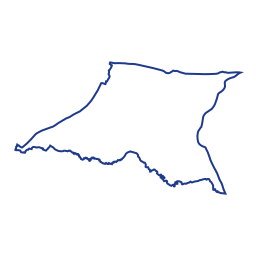 the district of Na Tan, Ubon Ratchathani, Thailand
{"feature_id": "78962969B76550243021032", "entity_name": "Na Tan", "entity_type": "district", "adm_level": 2, "iso_a3": "THA", "parent_name": "Thailand", "parent_adm1": "Ubon Ratchathani", "projection": "orthographic", "projection_center": [105.251, 15.929], "detail": "fine", "context": "isolated", "style": "outline", "palette": "blue", "viewbox_px": 256, "rotation_deg": 0, "n_neighbors": 0, "source": "geoboundaries", "source_scale": "gbopen_adm2", "svg_char_len": 5831}
<svg xmlns="http://www.w3.org/2000/svg" viewBox="0 0 256 256"><path d="M121.5,159.6L121.9,159.3L122.2,158.5L123.3,157.8L123.8,157.2L124.8,155.8L126.0,153.7L127.3,152.6L130.4,151.4L131.9,152.0L133.0,152.1L134.2,152.6L136.2,153.1L136.7,153.4L138.0,154.9L138.1,155.2L138.0,156.5L139.1,157.4L139.7,158.5L140.1,159.8L141.0,161.0L142.7,161.8L143.6,162.6L144.7,162.6L145.0,162.8L145.8,164.6L145.6,166.8L146.0,167.1L146.6,167.3L147.9,167.2L148.2,167.3L148.8,169.2L149.6,169.5L150.0,169.9L150.1,171.6L150.7,171.6L151.8,170.5L153.2,170.0L153.9,169.5L154.5,169.5L154.8,169.7L155.9,170.9L157.2,171.6L157.3,172.4L157.0,173.3L157.3,173.8L159.0,175.1L159.7,175.1L160.6,174.7L161.0,174.7L161.3,175.0L161.5,175.3L161.4,175.6L160.5,176.7L160.5,177.1L160.7,177.6L161.1,177.7L161.4,177.6L162.2,176.6L163.0,176.1L163.2,176.3L163.5,176.8L164.4,177.5L164.5,177.8L164.4,178.0L164.1,178.1L162.7,178.1L162.4,178.3L162.3,178.8L163.2,179.3L163.5,180.3L164.2,181.2L165.7,180.7L166.4,180.7L166.8,180.9L167.1,181.3L166.8,182.1L166.9,182.6L167.2,183.3L167.5,183.6L169.0,184.5L170.0,185.3L171.4,185.8L172.1,185.4L172.5,184.9L173.1,184.8L173.5,185.1L173.9,186.3L174.2,186.4L174.5,186.4L174.7,186.1L174.8,185.7L174.4,184.8L174.4,184.3L175.1,183.6L175.4,182.2L175.9,182.1L176.2,182.5L176.3,183.0L176.1,183.7L176.2,183.9L177.1,183.9L177.4,183.8L177.2,181.5L177.3,181.2L179.6,181.4L181.4,182.2L181.6,182.5L181.7,183.4L182.0,184.2L182.3,184.4L184.4,183.6L186.4,183.7L187.4,183.0L189.1,182.6L190.5,181.6L190.8,181.7L191.3,182.3L192.2,182.4L194.4,181.6L196.6,181.2L198.0,181.1L199.6,180.2L201.8,179.8L202.8,179.4L204.0,179.1L205.8,179.0L206.4,179.6L206.7,179.6L207.7,179.0L208.4,179.0L209.0,179.2L209.4,179.5L210.0,181.1L210.3,181.5L210.9,181.8L211.5,182.5L213.0,185.2L213.1,185.7L213.2,189.0L213.4,189.8L213.8,189.8L214.7,189.2L215.0,189.2L215.2,189.3L215.2,190.2L215.7,190.6L216.5,191.7L217.4,191.2L217.6,191.3L217.6,192.0L217.9,192.2L219.1,192.3L220.3,193.0L225.4,193.6L223.5,189.1L221.8,183.7L219.5,179.5L217.2,173.5L215.6,170.4L214.3,168.1L211.6,162.6L210.2,159.4L210.0,158.5L207.8,152.3L206.3,149.4L205.8,148.1L205.5,147.5L205.2,147.3L203.1,146.5L200.8,145.3L199.2,143.9L198.2,142.2L197.7,139.7L197.5,137.7L197.4,136.0L197.6,134.6L197.9,132.5L198.4,131.0L200.8,127.4L201.4,126.8L202.2,123.2L202.8,119.3L203.2,117.0L203.4,116.3L204.0,115.2L205.0,113.8L205.9,112.9L211.8,108.9L214.1,105.8L215.0,104.0L216.9,98.6L218.1,94.0L219.3,92.8L221.4,91.5L222.9,90.2L224.3,88.4L225.0,86.6L225.0,85.9L224.8,83.7L224.8,82.4L225.2,81.3L226.4,80.2L228.3,79.0L230.3,78.1L234.0,77.0L235.0,76.4L238.7,73.5L240.6,72.6L238.6,72.3L236.0,72.3L228.8,72.8L227.1,72.7L225.4,72.2L224.4,72.3L222.7,71.7L219.9,72.4L219.2,72.7L218.4,73.3L217.5,73.5L216.1,73.8L214.2,73.9L208.4,74.1L202.4,74.1L185.6,73.7L180.4,72.3L177.2,71.0L176.6,70.9L175.0,71.1L173.3,70.6L170.6,72.4L169.5,72.9L168.5,73.2L168.0,73.2L166.0,72.8L163.6,71.0L160.9,70.1L153.2,68.1L138.5,64.8L134.1,64.0L129.6,63.9L127.3,63.7L125.7,63.4L119.4,63.1L115.0,63.2L113.3,63.0L110.2,62.4L109.8,63.2L109.8,64.0L110.3,64.3L110.9,65.0L111.8,65.2L111.9,65.4L111.3,67.1L109.7,69.8L109.3,69.9L108.8,70.7L109.0,71.4L109.0,72.9L108.7,73.5L108.6,74.0L108.9,74.9L109.5,75.8L109.6,76.1L109.5,76.9L108.9,78.2L108.0,79.5L107.0,81.4L106.0,81.4L105.8,83.0L105.4,84.1L102.3,83.1L101.6,83.1L101.2,83.2L97.8,90.2L93.1,97.9L90.9,101.1L86.8,105.8L79.8,111.4L74.9,113.8L72.6,115.1L69.5,117.1L66.0,118.5L58.4,123.0L54.7,125.6L53.2,126.5L42.3,130.4L39.7,131.7L36.6,133.4L35.6,134.2L31.3,139.0L28.3,142.1L26.0,144.3L22.1,147.5L21.4,147.3L19.8,146.5L18.7,145.4L18.3,145.4L17.5,144.8L17.5,145.0L17.2,145.1L17.3,145.4L17.0,145.7L17.1,146.1L16.6,146.3L16.1,146.8L16.1,147.4L16.2,147.9L16.1,148.3L15.7,148.7L15.6,149.6L15.4,149.9L16.1,150.2L18.3,150.1L20.3,150.6L20.6,151.4L21.1,152.2L22.3,152.5L22.9,152.4L24.2,152.7L24.4,152.3L25.1,152.5L25.7,151.0L26.7,150.0L27.8,149.5L28.2,149.7L29.2,148.6L31.6,149.1L32.0,147.9L32.6,147.2L34.1,146.9L36.6,147.5L39.1,147.2L40.9,147.9L41.9,148.1L43.0,148.5L42.7,149.3L42.9,149.5L45.9,150.6L46.2,150.5L46.6,149.8L47.6,149.0L48.4,147.9L49.3,147.2L50.2,145.6L53.1,147.4L55.2,149.5L58.3,150.9L59.0,151.1L61.8,151.3L62.9,151.2L64.0,150.7L65.6,150.8L66.1,151.0L66.5,151.0L67.5,151.3L68.3,150.9L68.7,150.9L69.0,150.6L69.5,150.8L70.0,150.7L70.4,151.2L71.2,151.4L72.1,152.4L72.8,152.7L73.3,153.2L73.3,152.9L73.4,152.7L73.8,152.8L73.7,153.2L74.3,153.7L74.6,153.6L74.8,153.2L75.0,153.1L75.3,153.4L75.8,153.5L75.9,153.8L76.4,153.9L76.7,154.4L77.3,154.7L77.5,154.6L77.8,154.0L78.0,154.0L78.4,154.4L78.5,154.6L78.8,154.8L78.9,155.4L79.2,155.6L79.2,155.9L79.0,156.0L79.0,156.4L79.7,157.1L80.0,157.1L80.1,157.6L80.5,157.8L80.6,158.1L81.0,158.5L81.0,158.8L81.3,158.8L81.5,159.2L82.5,159.7L83.7,159.3L84.0,158.9L84.2,158.6L84.0,158.3L84.1,158.1L85.0,158.3L85.5,157.8L85.8,158.1L86.1,158.2L86.4,157.9L86.7,157.8L87.0,158.0L87.4,158.9L88.3,159.0L88.4,159.5L89.0,160.1L89.3,160.8L89.5,160.9L90.2,160.6L90.5,160.2L90.6,159.9L90.4,159.7L90.1,159.8L90.0,159.4L90.2,159.0L90.7,158.5L91.3,158.7L91.6,158.3L91.9,158.3L92.0,157.9L92.1,157.7L92.5,157.9L92.9,157.7L93.1,157.9L93.7,157.6L93.8,157.7L93.7,158.4L94.3,158.7L94.7,158.4L95.0,158.6L95.7,158.6L96.3,159.0L97.8,158.9L98.0,159.2L98.4,159.4L99.1,159.4L99.7,160.0L99.4,160.6L100.2,161.1L100.6,162.1L101.0,162.2L101.3,162.1L101.9,162.7L102.7,163.0L103.0,163.4L103.8,163.5L104.4,163.8L104.8,163.6L105.4,163.8L105.6,163.7L105.8,163.0L106.0,162.9L107.2,163.8L107.7,164.0L108.4,164.0L108.6,163.9L108.8,163.5L108.8,163.1L109.5,163.3L110.2,163.9L110.8,163.7L111.2,163.9L111.7,163.9L112.0,164.1L112.3,163.6L112.3,162.8L112.8,162.5L113.3,162.6L113.3,162.1L113.5,161.9L114.3,162.0L114.7,161.6L115.5,161.7L116.2,162.0L116.3,161.9L116.4,161.4L117.0,161.3L117.7,160.7L118.0,160.1L118.5,160.3L119.3,160.0L119.9,160.4L120.3,160.2L120.7,159.5L121.0,159.5L121.5,159.6Z" fill="none" stroke="#1e3a8a" stroke-width="2"/></svg>